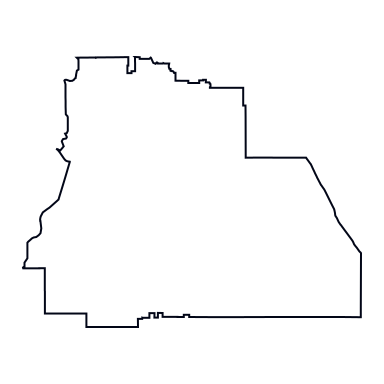 Serpentine-Jarrahdale, Western Australia, Australia (orthographic projection)
{"feature_id": "25037944B73163589668910", "entity_name": "Serpentine-Jarrahdale", "entity_type": "district", "adm_level": 2, "iso_a3": "AUS", "parent_name": "Australia", "parent_adm1": "Western Australia", "projection": "orthographic", "projection_center": [115.997, -32.325], "detail": "fine", "context": "isolated", "style": "outline", "palette": "ink", "viewbox_px": 384, "rotation_deg": 0, "n_neighbors": 0, "source": "geoboundaries", "source_scale": "gbopen_adm2", "svg_char_len": 4883}
<svg xmlns="http://www.w3.org/2000/svg" viewBox="0 0 384 384"><path d="M76.8,57.7L78.4,59.3L78.5,61.3L78.5,62.0L78.5,62.7L78.5,67.9L78.5,69.6L76.9,70.6L76.0,75.1L76.0,75.4L76.1,75.6L75.7,77.1L75.7,77.3L75.7,77.6L75.7,77.8L75.7,78.0L75.2,78.3L74.7,78.6L74.0,79.7L72.3,80.8L72.2,80.8L70.9,80.9L69.8,81.0L68.6,80.5L66.5,79.8L66.4,79.8L65.6,79.8L65.4,79.8L65.0,79.9L64.9,80.0L64.4,80.5L64.8,81.9L65.5,84.3L65.5,85.2L65.5,90.4L65.5,91.3L65.5,93.0L65.5,93.7L65.5,97.1L65.5,97.3L65.6,101.1L65.6,102.0L65.6,102.9L65.6,103.3L65.6,103.8L65.6,104.7L65.6,105.5L65.6,107.1L65.7,110.1L65.8,113.9L65.8,114.0L65.8,114.3L65.9,114.5L66.0,114.6L67.4,116.1L67.5,116.3L67.6,116.5L67.8,117.6L67.8,117.8L67.8,118.1L67.8,123.1L67.8,127.6L67.8,130.8L67.7,131.1L66.7,133.2L65.1,133.6L65.7,134.8L66.7,136.6L66.8,136.9L66.8,137.0L66.8,137.3L66.7,137.5L66.1,138.4L66.0,138.5L65.9,138.6L65.7,138.6L63.5,139.0L63.3,139.0L63.2,139.0L62.9,139.3L61.9,141.0L61.8,141.4L61.8,141.5L62.0,141.9L63.6,146.1L63.7,146.3L62.2,148.2L60.3,150.4L60.0,150.3L58.9,149.9L58.1,149.4L56.2,148.8L57.2,149.5L58.1,150.3L59.7,152.3L64.0,158.6L64.8,159.6L65.3,160.0L65.4,160.3L65.8,160.6L67.1,161.2L69.2,161.7L69.3,161.6L69.8,161.7L69.8,161.9L65.3,177.2L62.0,188.1L58.8,198.5L58.6,199.4L58.5,199.6L58.1,199.9L57.5,200.5L49.5,207.6L47.1,209.2L42.8,212.4L40.7,216.5L40.3,218.1L40.1,219.6L40.2,220.9L40.4,220.9L41.3,228.4L40.5,233.2L39.7,234.1L38.7,235.2L36.3,237.0L33.6,237.5L31.9,238.4L30.3,239.9L28.1,241.8L27.4,242.7L27.4,250.1L27.4,258.3L26.0,260.4L24.5,262.6L24.5,266.5L24.3,266.5L23.0,267.5L23.2,268.3L39.3,268.3L39.3,268.2L39.6,268.2L40.1,268.2L44.8,268.2L44.8,269.9L44.8,286.7L44.8,290.7L44.9,291.3L44.9,303.2L44.9,303.9L44.9,306.5L44.9,313.5L59.6,313.5L76.1,313.5L86.4,313.5L86.4,327.0L103.2,327.0L120.0,327.0L126.9,327.0L129.4,327.0L134.6,327.0L138.0,327.0L137.9,318.9L140.0,318.9L142.2,318.9L142.3,317.7L142.5,317.8L149.4,317.8L149.4,313.1L154.5,313.1L154.4,317.6L157.9,317.6L157.9,312.9L162.6,313.0L162.6,316.9L173.1,316.9L175.3,316.9L177.4,316.9L177.5,316.9L177.5,317.0L183.8,317.0L183.8,314.8L189.2,314.8L189.2,317.0L207.9,317.1L223.6,317.1L243.6,317.1L274.8,317.0L276.3,317.0L341.8,317.0L360.8,317.2L360.8,307.6L361.0,253.1L360.6,252.6L360.4,252.3L360.1,252.1L359.9,251.9L359.7,251.7L359.3,251.3L357.0,248.0L356.8,247.7L355.2,245.8L355.0,245.5L354.8,245.2L354.5,244.9L354.4,244.7L354.2,244.4L354.0,244.1L353.3,242.3L353.1,242.0L353.0,241.7L352.8,241.4L352.5,240.8L350.4,237.9L349.2,236.3L347.0,233.3L344.6,230.1L343.0,227.9L341.8,226.3L341.1,225.2L340.6,224.8L339.1,222.6L338.9,222.3L338.7,222.0L338.5,221.6L337.9,220.3L336.9,218.1L335.8,216.4L335.7,216.3L335.5,216.0L335.4,215.7L335.3,215.3L335.2,215.1L335.0,213.1L334.5,210.6L334.4,210.4L334.4,210.2L334.3,209.8L334.2,209.6L334.2,209.4L334.1,209.1L334.0,208.9L332.3,205.6L331.6,204.2L330.3,201.6L326.7,194.3L325.1,191.1L324.2,189.4L322.9,187.6L321.4,185.4L321.1,185.1L320.9,184.8L320.8,184.5L320.6,184.3L319.9,182.8L319.8,182.7L318.8,180.8L318.5,180.2L318.4,180.0L318.3,179.8L318.0,179.3L317.9,179.0L317.7,178.7L317.5,178.3L317.1,177.6L316.8,176.8L316.4,176.0L315.0,173.2L314.3,171.6L312.8,168.5L312.0,166.7L311.4,165.4L311.2,165.1L311.1,164.8L311.0,164.5L310.8,164.3L310.7,164.0L310.5,163.8L310.3,163.6L307.5,159.7L306.8,158.8L306.1,157.7L256.3,157.6L245.7,157.7L245.7,155.4L245.6,117.3L245.5,105.5L243.2,105.5L243.2,87.8L236.5,87.8L227.8,87.8L226.4,87.8L217.0,87.8L210.5,87.8L209.9,87.8L209.9,87.1L210.5,86.3L210.5,85.0L210.4,84.0L209.7,83.7L209.7,82.9L209.4,82.4L205.8,82.4L205.9,79.8L203.1,79.8L203.1,80.4L199.2,80.4L199.2,83.0L196.7,83.0L188.3,83.0L188.3,80.8L182.7,80.8L175.5,80.7L175.5,75.3L175.5,72.8L175.3,72.8L175.0,72.8L174.7,72.9L174.3,73.0L174.2,73.0L174.1,72.7L173.8,72.5L173.7,72.3L173.6,71.8L173.4,71.6L173.1,71.3L172.8,71.2L172.4,71.1L171.9,70.9L171.8,71.0L171.4,71.1L171.2,71.1L170.8,70.9L170.6,70.6L170.5,70.4L170.4,70.4L170.5,68.9L169.3,68.8L168.9,67.3L168.8,67.1L168.8,66.9L168.8,66.7L168.8,66.3L168.8,66.1L168.8,65.9L168.8,65.7L168.8,65.4L169.0,64.7L169.2,63.5L165.7,63.5L165.2,63.5L164.7,63.5L164.4,63.5L164.1,63.4L163.9,63.3L163.6,63.2L163.4,63.1L163.3,63.4L163.1,63.5L161.2,63.5L158.8,63.5L158.4,63.5L158.3,63.4L158.2,63.5L157.9,63.6L157.6,63.4L157.4,63.1L157.1,62.9L157.1,62.5L156.9,62.4L156.1,63.0L155.6,63.8L153.3,62.9L152.8,61.8L151.0,57.9L150.8,57.7L150.7,57.6L149.5,58.7L149.3,58.8L149.2,58.9L148.9,58.9L148.3,58.9L147.2,58.9L145.8,58.9L145.0,58.9L144.4,58.9L141.3,58.9L139.7,58.9L139.7,58.1L139.7,57.4L139.7,57.2L135.0,57.0L134.9,57.0L135.0,57.1L135.0,57.3L135.0,61.0L135.1,63.3L135.1,67.5L135.1,68.1L135.1,71.2L131.5,71.2L131.5,73.1L127.4,73.1L127.4,71.2L127.4,69.4L127.4,65.6L128.3,65.6L128.3,59.1L128.3,58.8L128.3,57.1L126.9,57.1L122.3,57.2L114.4,57.3L110.8,57.3L103.2,57.4L97.1,57.4L96.8,57.5L96.7,57.5L95.9,57.8L95.8,57.6L95.7,57.4L95.4,57.4L95.2,57.5L85.2,57.6L81.3,57.6L76.8,57.7Z" fill="none" stroke="#020617" stroke-width="2"/></svg>